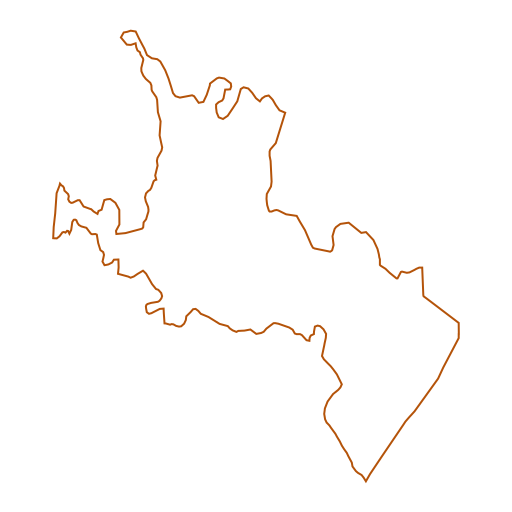 Mahagi, Orientale, Democratic Republic of the Congo (Natural Earth projection)
{"feature_id": "63176286B15680618396169", "entity_name": "Mahagi", "entity_type": "district", "adm_level": 2, "iso_a3": "COD", "parent_name": "Democratic Republic of the Congo", "parent_adm1": "Orientale", "projection": "natural_earth1", "projection_center": [30.592, 2.325], "detail": "fine", "context": "isolated", "style": "outline", "palette": "amber", "viewbox_px": 512, "rotation_deg": 0, "n_neighbors": 0, "source": "geoboundaries", "source_scale": "gbopen_adm2", "svg_char_len": 4985}
<svg xmlns="http://www.w3.org/2000/svg" viewBox="0 0 512 512"><path d="M60.0,183.6L59.7,184.7L59.6,185.4L56.6,193.2L55.2,213.5L53.7,227.0L53.2,238.2L54.4,238.3L56.8,238.4L59.5,236.3L62.4,232.4L63.9,232.0L65.2,232.5L65.3,232.5L65.5,232.6L67.1,230.8L68.1,231.0L69.4,233.7L70.0,232.4L71.2,229.9L72.3,222.0L73.7,219.8L75.1,219.6L75.9,220.0L76.3,220.2L76.4,220.4L77.5,223.0L78.9,225.0L81.3,226.4L86.4,227.8L90.8,233.6L91.9,234.2L92.4,234.2L94.2,234.1L95.3,234.0L96.8,234.6L98.2,243.1L100.4,250.1L103.2,252.1L104.0,254.9L103.9,255.3L103.3,258.2L102.5,261.6L104.5,265.2L106.2,264.9L108.5,264.4L112.1,262.5L113.9,259.7L118.4,259.5L118.5,262.9L118.6,266.6L118.6,267.3L118.6,267.7L118.0,273.8L128.3,276.6L130.6,277.7L133.8,276.5L137.6,273.9L143.0,270.7L144.1,271.7L146.1,273.7L149.6,279.8L151.7,283.5L152.2,284.3L156.0,289.0L158.3,289.8L161.2,293.0L161.4,293.7L162.1,296.1L161.4,298.3L160.6,299.4L159.4,300.9L158.4,301.5L157.9,301.8L151.1,302.9L147.5,304.0L146.4,304.9L145.9,306.3L146.1,308.5L146.8,312.2L149.0,313.8L151.4,313.2L153.5,312.1L159.8,308.9L163.6,308.6L163.8,312.9L164.5,323.4L165.9,323.5L170.1,324.7L170.5,324.5L171.6,324.1L173.1,324.3L173.3,324.3L174.2,324.8L176.1,325.9L177.4,326.2L179.0,326.6L181.2,326.3L184.1,323.7L185.8,320.1L186.3,316.3L190.7,312.0L193.1,309.2L195.6,308.9L198.3,310.9L200.8,313.8L204.2,315.2L208.5,317.0L219.6,323.9L227.8,326.1L229.8,328.4L232.7,330.4L236.4,331.9L238.3,330.9L244.5,330.6L250.4,329.5L256.3,333.9L261.1,333.0L263.7,331.8L266.4,328.6L273.5,323.2L275.1,323.1L278.3,323.7L289.2,327.5L292.7,329.7L294.8,333.5L296.5,334.1L300.0,334.1L301.9,335.1L306.5,340.2L309.4,340.8L309.6,337.9L310.8,335.5L313.9,334.1L314.0,331.6L314.9,326.6L317.6,325.6L320.1,326.2L323.5,329.3L326.1,333.9L325.8,337.9L324.6,343.4L324.2,345.6L322.0,356.0L323.9,359.3L328.0,363.5L330.7,366.2L333.2,369.3L336.9,374.4L341.8,384.3L340.4,387.4L338.2,389.9L333.1,394.0L327.6,401.5L324.9,408.4L324.6,410.9L324.2,413.9L325.1,419.3L326.7,422.7L326.9,422.8L329.4,425.4L331.0,427.8L335.4,433.8L336.9,436.6L339.8,441.4L341.9,445.7L344.0,449.0L346.8,452.9L348.4,456.3L351.8,462.6L352.5,466.5L355.9,471.1L358.0,472.9L361.6,475.0L363.7,477.7L365.9,481.3L370.0,474.1L382.0,456.2L403.3,424.8L405.4,421.6L409.2,417.2L414.5,411.4L438.1,378.6L443.3,367.4L458.7,338.1L458.7,336.1L458.7,334.2L458.8,334.2L458.8,333.1L458.7,322.9L426.6,298.5L423.6,296.3L423.3,295.1L422.2,267.6L419.2,267.6L416.4,268.8L414.3,270.0L409.5,272.4L406.8,272.8L402.0,271.6L400.9,272.0L397.5,278.4L396.5,278.4L389.6,272.8L385.5,268.8L381.1,266.0L380.6,265.7L379.9,264.9L379.9,262.9L379.9,259.3L379.3,257.3L378.9,254.5L377.5,248.9L373.4,240.0L366.0,232.1L361.3,232.9L348.7,222.7L340.4,223.9L336.0,227.1L334.6,229.0L332.5,236.2L333.6,245.0L332.2,250.1L331.5,250.9L330.1,251.7L328.4,251.3L314.6,248.5L312.9,247.7L311.2,244.6L305.0,230.2L299.8,221.5L296.7,215.9L286.1,214.3L278.2,210.4L276.5,210.0L274.4,210.4L271.7,211.5L269.6,211.5L268.9,210.7L267.2,205.2L266.8,202.0L266.5,198.8L266.8,194.0L271.0,186.5L271.6,181.7L270.6,161.0L269.6,155.8L269.6,153.5L269.6,151.5L270.3,149.5L275.8,143.1L285.2,112.7L279.5,110.3L275.8,105.1L272.8,99.9L271.4,98.3L268.7,95.5L265.1,96.3L262.0,98.4L259.9,101.4L256.0,98.3L252.2,92.8L248.3,88.5L243.6,87.3L240.8,89.0L237.3,101.3L233.0,107.9L227.7,115.8L223.0,119.0L218.7,117.3L216.7,112.5L216.1,107.9L216.1,104.5L218.6,102.2L222.2,100.5L223.5,98.4L225.2,89.6L228.2,89.5L230.2,89.3L231.2,86.5L230.8,83.4L227.9,81.1L224.4,78.5L220.3,77.8L219.0,77.6L216.8,78.4L210.6,83.1L210.0,83.6L209.8,85.5L206.7,94.9L203.4,101.9L198.7,102.8L197.3,100.8L194.1,96.2L192.1,95.3L179.9,97.6L175.5,96.2L173.0,93.1L171.0,86.4L168.5,78.5L165.2,70.2L160.3,61.5L157.3,59.2L151.9,58.3L147.0,55.1L144.3,48.5L142.3,44.8L138.8,38.1L135.7,31.5L130.7,30.7L127.3,31.8L123.7,32.5L120.9,37.5L126.8,44.6L130.2,44.9L130.9,44.9L135.6,43.3L136.3,47.4L137.5,50.5L139.9,52.2L140.3,53.8L140.5,54.6L141.9,56.7L143.0,58.3L143.3,59.9L141.3,68.0L141.4,71.2L142.0,72.7L143.3,75.6L145.8,78.9L148.3,81.1L150.3,82.8L151.4,85.4L151.5,87.5L151.6,89.7L151.8,90.3L152.2,91.3L156.3,97.2L157.1,99.9L157.9,112.2L160.6,121.3L159.6,135.4L161.1,142.5L161.8,145.6L161.9,146.2L162.2,147.2L161.9,148.8L161.5,150.7L158.1,156.8L157.5,157.9L156.9,160.9L157.6,165.7L157.5,166.1L157.4,166.3L155.2,175.5L156.3,179.7L155.5,180.0L154.7,180.2L154.1,180.8L153.6,181.3L151.3,187.9L150.0,189.9L148.7,190.7L148.1,191.1L147.7,191.6L146.0,193.4L145.5,195.5L145.0,197.4L145.8,201.3L148.1,206.9L148.4,209.1L148.5,209.7L148.4,211.6L147.5,214.5L146.1,219.3L143.6,222.4L143.2,227.3L142.3,228.5L140.9,229.0L133.4,231.0L125.5,233.1L116.4,234.0L116.0,230.9L119.4,224.5L119.3,209.9L115.4,202.8L110.3,199.0L107.0,199.3L104.3,200.1L101.6,209.7L98.5,211.0L97.5,213.9L93.9,211.7L93.4,211.3L91.2,209.2L90.9,209.2L83.8,206.6L83.6,206.5L82.9,205.5L82.7,205.1L79.6,200.2L77.8,200.2L74.7,201.7L72.7,202.7L71.2,202.9L69.4,201.7L68.2,199.3L68.8,196.2L68.1,194.1L64.4,190.6L64.2,189.2L64.0,188.0L63.5,187.1L63.0,186.3L61.4,185.3L60.0,183.6Z" fill="none" stroke="#b45309" stroke-width="2"/></svg>